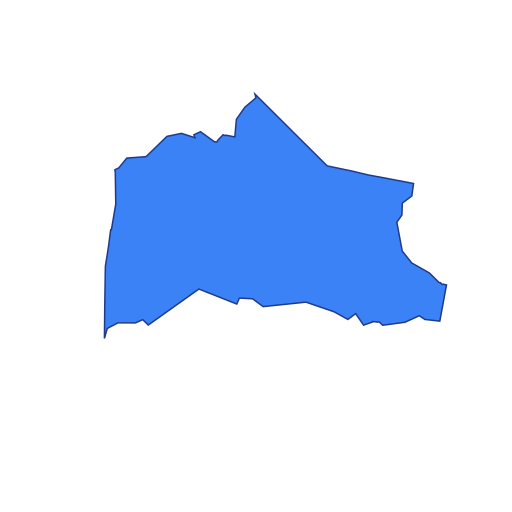 Burke, North Carolina, United States of America, rotated 149°
{"feature_id": "52423323B91095890674954", "entity_name": "Burke", "entity_type": "district", "adm_level": 2, "iso_a3": "USA", "parent_name": "United States of America", "parent_adm1": "North Carolina", "projection": "orthographic", "projection_center": [-81.741, 35.779], "detail": "fine", "context": "isolated", "style": "filled", "palette": "blue", "viewbox_px": 512, "rotation_deg": 149, "n_neighbors": 0, "source": "geoboundaries", "source_scale": "gbopen_adm2", "svg_char_len": 1297}
<svg xmlns="http://www.w3.org/2000/svg" viewBox="0 0 512 512"><g transform="rotate(149 256 256)"><path d="M428.4,263.4L420.8,270.5L408.8,269.8L393.7,260.7L385.9,259.8L383.9,252.3L322.0,257.1L297.2,224.7L291.9,228.5L281.0,221.1L275.9,208.9L236.9,190.7L217.7,167.8L209.9,154.3L200.3,155.3L199.4,141.3L191.0,139.6L190.5,139.5L190.1,139.4L189.8,139.5L189.7,139.7L186.8,137.5L186.3,137.1L186.1,136.8L185.5,136.6L184.8,136.4L184.4,136.1L183.1,131.4L162.5,122.5L146.8,120.7L144.1,115.0L144.0,114.7L132.0,105.5L109.8,130.6L109.5,130.9L107.6,133.1L110.2,135.6L110.8,135.5L111.1,135.8L111.4,136.5L111.5,137.8L111.7,138.2L113.0,139.3L113.1,139.6L113.0,140.4L113.2,140.7L116.1,152.1L126.1,169.8L128.1,184.9L117.9,212.4L109.8,216.0L103.3,226.0L91.5,227.2L83.6,237.0L101.6,253.1L118.2,267.8L130.0,279.4L148.6,296.6L173.5,395.3L174.6,391.6L188.8,389.3L202.4,383.3L212.8,369.0L219.5,375.0L220.8,375.4L221.0,375.9L221.4,376.4L221.8,376.9L228.7,375.0L229.5,374.7L230.4,374.0L230.7,373.9L231.3,374.2L232.3,375.0L232.7,375.1L239.5,391.1L246.8,391.9L247.4,388.8L256.7,399.5L270.7,404.4L299.1,397.8L316.3,406.5L328.2,402.2L332.5,402.6L333.0,401.5L333.7,399.9L349.5,372.7L366.4,353.0L367.1,353.3L377.7,339.9L390.3,324.9L393.9,319.2L414.2,286.5L428.4,263.4Z" fill="#3b82f6" stroke="#1e3a8a" stroke-width="1.5"/></g></svg>